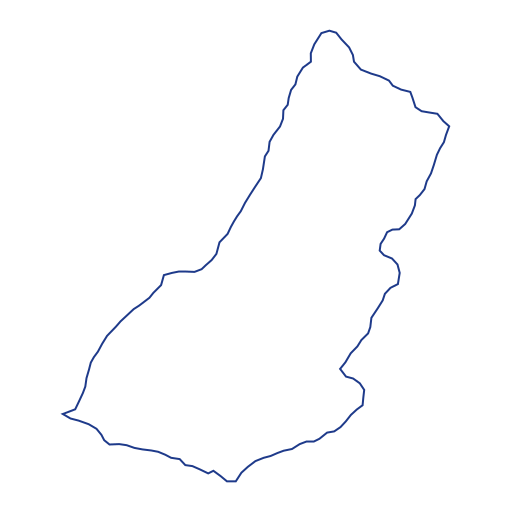 outline of Guaimbê, São Paulo, Brazil
{"feature_id": "56859067B16613468230330", "entity_name": "Guaimbê", "entity_type": "district", "adm_level": 2, "iso_a3": "BRA", "parent_name": "Brazil", "parent_adm1": "São Paulo", "projection": "albers", "projection_center": [-49.859, -21.865], "detail": "fine", "context": "isolated", "style": "outline", "palette": "blue", "viewbox_px": 512, "rotation_deg": 0, "n_neighbors": 0, "source": "geoboundaries", "source_scale": "gbopen_adm2", "svg_char_len": 2034}
<svg xmlns="http://www.w3.org/2000/svg" viewBox="0 0 512 512"><path d="M449.2,126.3L443.4,121.2L437.4,113.8L428.1,112.3L421.6,111.2L415.5,107.2L412.4,97.6L410.3,91.9L401.1,89.6L392.8,85.7L389.0,80.6L379.8,76.2L371.1,73.6L360.9,69.6L354.0,61.7L352.9,55.0L349.1,47.4L341.5,39.4L336.2,32.7L329.4,30.7L321.4,33.1L314.3,44.3L310.8,53.3L310.9,61.7L302.9,67.6L297.3,76.6L295.4,84.4L291.1,89.9L288.7,98.0L287.7,104.8L283.4,110.2L283.0,118.8L280.0,126.5L273.5,134.8L269.6,141.8L268.5,150.8L264.9,156.4L262.9,169.4L260.9,178.1L255.0,187.0L250.1,194.6L245.0,202.9L240.8,211.2L237.1,216.3L234.0,221.3L230.9,226.9L227.6,233.9L219.5,242.3L216.4,253.9L211.7,260.0L205.9,265.1L201.6,269.2L194.5,271.9L184.7,271.5L179.0,271.5L172.0,272.9L163.9,275.1L161.1,285.1L153.4,292.8L149.4,297.8L139.0,305.7L133.7,309.1L127.6,314.8L120.5,321.4L115.9,326.7L107.1,335.8L102.2,343.7L97.9,351.7L93.9,357.1L90.8,362.6L89.0,369.6L86.5,378.1L85.3,386.6L82.9,393.0L78.9,401.6L75.2,409.3L62.8,414.0L70.5,418.5L78.6,420.6L88.7,424.2L96.5,428.8L101.4,434.8L104.2,440.2L109.5,444.5L119.2,444.1L126.7,445.2L134.4,447.9L142.4,449.4L151.4,450.5L158.2,451.8L165.2,454.7L171.1,457.8L179.7,459.1L185.3,465.1L192.4,466.1L199.9,469.4L208.2,473.4L213.4,470.8L220.5,476.0L226.9,481.3L235.8,481.3L241.4,472.7L247.9,466.8L255.4,461.1L263.7,457.8L270.6,456.0L277.5,453.0L283.7,450.7L292.0,449.0L299.7,444.1L306.6,441.5L313.9,441.5L319.4,438.8L327.1,432.6L334.2,431.4L340.5,427.1L345.8,421.4L350.9,414.9L356.8,409.5L362.6,405.2L363.3,397.8L364.2,389.9L359.8,383.3L353.1,378.5L346.0,376.6L340.1,368.9L345.4,362.3L350.7,353.3L357.4,346.4L361.4,340.0L368.1,333.4L370.3,327.1L371.4,317.8L377.8,308.2L382.7,300.4L384.9,293.8L390.5,287.8L397.9,284.1L399.7,272.9L397.5,264.5L392.0,258.5L384.0,255.2L379.7,250.6L380.6,243.9L384.1,238.6L387.1,232.2L392.4,229.6L399.2,229.3L405.2,224.0L411.8,213.6L414.9,205.4L415.6,199.1L419.8,195.1L424.5,189.1L426.7,181.3L431.0,173.4L433.8,165.1L436.9,154.8L440.1,148.2L443.9,142.2L446.0,134.9L449.2,126.3Z" fill="none" stroke="#1e3a8a" stroke-width="2"/></svg>